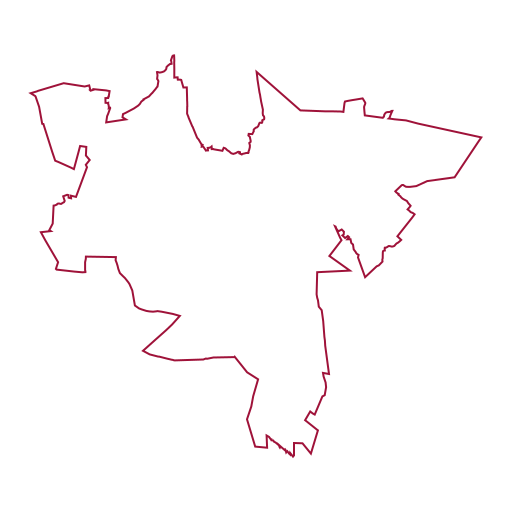 Tequixquiac, México, Mexico (orthographic projection)
{"feature_id": "50627088B83518275291231", "entity_name": "Tequixquiac", "entity_type": "district", "adm_level": 2, "iso_a3": "MEX", "parent_name": "Mexico", "parent_adm1": "México", "projection": "orthographic", "projection_center": [-99.144, 19.894], "detail": "fine", "context": "isolated", "style": "outline", "palette": "rose", "viewbox_px": 512, "rotation_deg": 0, "n_neighbors": 0, "source": "geoboundaries", "source_scale": "gbopen_adm2", "svg_char_len": 5910}
<svg xmlns="http://www.w3.org/2000/svg" viewBox="0 0 512 512"><path d="M55.9,268.9L56.6,269.6L74.4,271.6L82.3,272.3L82.8,272.3L85.4,272.1L85.4,271.1L85.1,270.2L85.1,262.2L85.6,259.8L85.8,259.0L85.9,256.6L115.9,257.1L115.6,260.2L116.7,263.0L117.6,265.9L118.3,268.9L119.9,273.1L122.8,276.0L124.9,278.0L128.4,282.4L129.5,284.1L132.3,290.5L134.9,305.5L137.6,307.4L139.0,308.4L141.6,309.4L146.3,310.9L149.3,311.4L153.0,311.7L156.5,311.3L157.4,311.1L161.6,311.7L172.7,313.9L179.8,315.9L172.1,324.5L166.1,330.2L155.3,339.8L143.0,350.8L149.7,354.4L158.2,356.6L159.1,356.6L167.3,358.7L169.5,359.2L171.5,359.7L172.9,359.9L173.6,360.2L174.7,360.4L203.3,359.5L206.0,358.5L206.9,358.8L213.4,357.5L234.7,357.1L234.8,356.9L247.1,372.3L258.1,379.3L253.2,396.2L251.3,406.5L247.0,419.3L255.2,446.6L267.1,447.7L266.6,435.5L269.0,436.9L270.8,439.3L271.4,439.3L271.5,440.3L273.3,440.5L274.0,441.7L275.6,442.5L279.1,445.5L279.4,446.7L279.7,447.3L279.9,447.6L280.0,447.4L279.3,445.3L284.6,450.0L285.1,449.4L285.5,449.9L286.2,452.4L286.5,452.0L287.3,451.2L289.0,453.5L290.1,454.5L290.2,453.0L293.0,456.6L294.0,455.4L294.0,443.0L302.5,443.3L310.9,453.6L317.9,430.4L305.1,420.2L310.2,411.5L312.8,413.5L314.7,414.6L322.4,396.4L324.7,395.2L326.1,387.2L325.6,382.5L323.8,377.1L323.6,376.5L323.0,372.9L329.0,374.0L325.2,345.6L324.9,340.5L324.4,336.9L323.2,321.1L321.7,310.2L318.8,306.7L318.0,300.4L317.2,297.8L316.6,294.3L317.2,272.2L349.9,270.6L329.4,256.0L341.5,240.2L340.1,237.7L335.0,226.3L335.6,226.6L336.3,228.6L337.4,230.0L338.1,231.5L341.7,229.5L343.9,231.7L343.7,234.5L342.4,235.4L345.1,238.0L347.8,236.0L349.1,237.2L347.4,239.3L347.6,239.3L350.5,239.2L351.1,242.0L351.1,242.4L351.4,243.1L353.0,244.5L353.7,249.4L355.8,252.2L356.0,252.8L357.1,254.0L358.6,254.9L358.0,257.4L365.1,277.2L376.7,266.3L378.8,265.4L382.5,261.6L382.3,259.7L382.7,258.2L382.8,252.5L383.0,251.2L384.5,250.4L384.8,250.4L384.7,249.7L384.7,247.9L385.0,247.6L385.6,247.8L387.1,247.1L388.4,246.2L388.9,246.0L390.3,246.2L391.7,246.6L392.8,246.5L394.4,245.9L395.2,244.9L396.6,243.4L397.7,242.9L399.6,241.4L401.2,239.9L397.4,236.3L412.1,217.7L414.6,214.3L413.3,213.3L412.4,212.8L410.8,212.2L410.3,211.8L409.3,210.7L407.6,209.4L409.8,206.9L410.6,205.8L410.2,205.3L408.3,203.2L406.9,201.0L403.5,199.2L402.4,198.5L401.0,197.2L400.5,196.4L398.3,194.6L398.4,194.3L398.3,194.1L398.5,193.9L397.9,193.5L397.7,193.4L397.2,193.1L396.3,192.4L395.7,191.8L395.3,191.3L401.7,185.2L402.4,185.0L403.2,185.0L404.8,186.1L406.1,186.8L409.8,186.9L416.3,186.1L427.2,181.1L454.6,177.3L477.9,142.4L481.3,137.4L418.1,123.6L406.0,120.4L394.6,119.3L391.1,118.8L388.8,118.5L389.5,117.9L390.6,114.8L391.2,113.4L391.4,112.9L392.3,110.9L391.8,110.9L391.4,111.0L390.9,111.4L390.2,111.8L389.3,112.0L387.4,112.1L386.6,112.3L385.9,112.6L385.2,113.3L384.6,114.2L384.3,114.7L383.9,116.7L383.4,117.1L383.2,117.2L382.8,117.8L364.8,115.4L364.4,111.2L364.1,107.4L364.2,106.4L365.2,103.8L365.3,103.3L365.3,102.9L364.9,102.1L363.5,99.8L362.6,98.4L356.1,99.5L352.3,100.1L347.8,100.9L345.0,101.5L344.6,102.7L344.5,103.1L343.4,111.9L340.6,111.5L340.2,111.5L330.6,111.3L324.4,111.3L300.4,110.4L264.1,78.5L256.6,71.9L257.2,76.7L257.3,77.6L257.4,79.1L259.5,92.5L260.0,94.6L260.5,97.8L260.7,98.8L261.1,101.4L262.9,109.7L262.7,113.2L263.0,115.3L264.0,116.4L264.3,118.0L264.1,119.3L262.3,120.2L262.2,120.7L262.4,121.8L261.8,122.9L260.4,122.7L260.1,122.6L259.7,122.9L259.4,123.1L258.2,126.2L256.9,127.4L256.0,127.6L254.3,128.9L253.6,130.0L253.8,131.1L252.3,134.1L248.7,133.9L248.4,135.5L249.8,136.8L250.7,141.0L250.6,141.9L249.3,142.9L249.4,143.7L249.7,144.4L249.9,145.4L249.8,147.4L249.0,150.5L248.5,151.4L248.6,152.4L248.3,153.0L246.1,153.0L244.7,153.4L241.7,154.1L241.6,154.4L239.6,153.5L240.0,153.1L240.0,152.2L238.7,151.8L237.9,151.9L235.6,153.2L233.3,153.9L231.3,153.3L228.9,151.2L228.7,151.1L227.4,150.3L226.5,149.5L225.9,148.8L225.0,148.2L223.7,147.8L222.4,150.8L220.2,150.4L215.5,149.6L213.4,149.2L213.8,149.0L211.8,149.1L211.7,147.2L211.6,146.5L210.7,147.3L209.2,147.8L207.7,147.9L208.0,150.4L206.6,150.5L206.0,150.2L205.8,150.4L203.1,146.4L201.7,146.7L201.8,146.1L201.6,145.5L202.3,144.7L201.5,144.4L198.9,140.0L198.8,139.7L197.4,138.1L197.0,137.5L192.6,126.7L192.3,126.4L188.5,117.4L188.5,117.1L187.1,113.7L187.2,106.5L187.3,106.4L187.2,101.8L187.1,100.5L187.1,98.6L186.8,87.4L183.4,87.5L181.4,80.6L181.4,80.4L181.2,79.9L180.4,79.7L177.8,79.7L177.7,79.0L177.6,77.3L177.0,77.3L176.3,77.4L174.3,77.6L174.3,72.8L174.3,71.4L174.3,68.8L174.2,62.3L174.3,61.0L174.2,57.2L174.1,55.4L173.2,55.5L172.4,56.2L170.9,60.4L171.2,60.9L171.6,63.8L170.7,64.0L170.0,64.0L167.8,65.7L166.5,67.1L166.3,68.8L165.8,69.7L164.5,71.0L163.8,71.5L161.8,72.2L159.7,72.6L157.6,72.0L157.0,72.1L157.5,75.4L157.1,78.9L157.4,79.1L158.4,81.1L157.5,86.6L157.2,86.8L155.5,89.1L153.8,91.1L152.1,93.2L151.8,93.3L149.0,96.4L143.8,99.2L144.0,99.4L143.9,99.6L141.3,101.6L139.9,103.9L138.2,105.6L133.9,108.5L125.4,113.0L123.0,114.1L122.5,117.3L125.9,119.4L106.2,122.4L107.1,116.2L108.1,113.9L110.2,108.1L110.1,107.6L109.8,107.5L108.8,108.0L108.9,107.5L108.8,107.1L108.7,105.6L108.4,104.4L108.1,103.9L108.2,103.1L108.2,102.8L107.6,103.0L105.5,102.8L105.4,98.1L108.1,98.0L108.1,97.3L108.5,97.0L108.5,96.5L108.8,96.4L108.8,96.0L109.6,91.1L106.0,90.4L93.8,89.2L94.0,89.6L90.6,90.7L90.1,90.2L90.4,90.1L89.2,85.4L84.7,86.5L63.7,83.2L38.2,90.8L36.8,91.4L30.7,93.2L35.3,96.1L35.6,96.6L39.1,106.8L42.2,123.8L43.0,124.0L43.4,124.0L47.9,138.2L52.2,151.8L55.2,160.7L57.4,161.6L58.2,161.9L62.9,164.0L70.9,167.6L73.9,169.1L78.5,152.1L79.6,147.9L80.1,146.0L86.3,146.9L85.9,155.5L89.7,160.0L85.8,164.8L87.0,167.2L76.0,196.9L71.0,195.7L71.1,198.3L68.6,197.7L68.5,195.1L67.1,194.8L63.2,196.3L64.7,200.9L64.0,202.2L62.8,202.8L62.1,203.2L61.7,203.6L61.2,203.9L60.7,203.9L59.0,203.5L57.9,203.6L57.3,203.9L56.8,204.6L54.9,205.4L53.6,205.6L52.7,223.6L49.3,230.1L50.8,231.1L40.9,232.2L45.3,240.3L58.1,262.2L55.9,268.9Z" fill="none" stroke="#9f1239" stroke-width="2"/></svg>